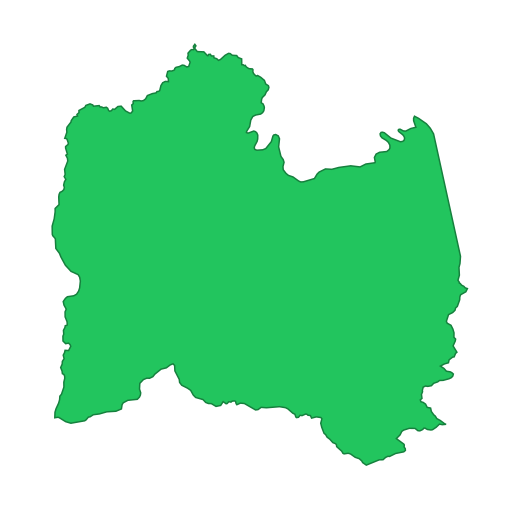 the district of Murindó, Antioquia, Colombia, rotated 87°
{"feature_id": "7082276B39517489210154", "entity_name": "Murindó", "entity_type": "district", "adm_level": 2, "iso_a3": "COL", "parent_name": "Colombia", "parent_adm1": "Antioquia", "projection": "orthographic", "projection_center": [-76.718, 6.832], "detail": "fine", "context": "isolated", "style": "filled", "palette": "green", "viewbox_px": 512, "rotation_deg": 87, "n_neighbors": 0, "source": "geoboundaries", "source_scale": "gbopen_adm2", "svg_char_len": 5980}
<svg xmlns="http://www.w3.org/2000/svg" viewBox="0 0 512 512"><g transform="rotate(87 256 256)"><path d="M403.7,404.0L401.7,398.4L397.4,397.5L395.6,396.2L393.4,391.5L392.9,382.0L390.7,379.7L388.7,378.7L386.6,378.3L382.8,379.3L377.1,378.7L373.5,374.9L372.3,371.5L372.5,368.6L371.1,365.3L368.7,363.2L364.0,356.7L363.0,351.4L360.3,347.4L359.3,344.5L361.1,343.0L366.5,343.0L375.2,339.1L378.3,338.9L381.2,336.9L384.4,331.3L386.7,328.3L391.6,325.9L394.1,323.7L396.6,316.4L399.6,313.9L400.8,311.3L401.1,308.3L404.1,303.8L403.4,299.1L399.7,296.4L402.0,293.6L401.8,292.5L400.1,290.8L400.6,288.6L399.7,287.4L399.6,284.9L400.2,284.0L402.4,283.6L403.5,282.9L402.1,279.3L402.7,275.3L409.7,264.5L409.5,262.0L407.4,258.8L408.1,253.6L407.7,240.4L409.0,234.5L410.3,232.2L414.9,227.5L416.1,225.4L418.8,224.7L419.5,224.0L419.3,222.0L417.4,220.4L417.8,218.4L416.4,214.6L416.7,213.5L417.7,212.5L418.2,210.0L420.8,209.0L419.8,204.2L420.7,199.7L422.0,198.7L426.4,200.1L430.5,199.3L436.7,197.3L438.0,195.8L440.6,194.5L442.8,191.9L446.4,189.0L447.6,186.4L448.6,185.6L450.6,185.4L455.4,180.6L457.6,179.5L458.2,178.4L457.8,174.3L458.6,172.0L462.2,167.5L463.8,163.5L466.2,161.1L467.9,160.3L470.6,156.8L466.0,143.6L466.1,139.8L463.9,137.1L462.9,134.7L463.2,133.2L460.5,126.9L459.3,118.7L458.0,117.0L456.3,117.0L454.4,118.1L452.5,117.8L451.6,118.2L445.7,125.4L442.2,121.5L438.8,119.6L437.6,117.7L436.1,112.0L436.5,106.2L438.9,103.5L439.2,101.5L438.0,98.6L436.8,97.5L436.7,96.3L438.2,94.0L438.9,90.4L438.7,88.8L436.5,85.1L433.5,81.6L434.2,78.8L434.0,75.0L433.4,76.4L429.9,80.6L427.8,84.0L425.3,85.3L423.9,86.8L420.5,89.0L417.0,89.6L416.1,93.0L412.8,94.4L410.9,96.8L410.2,98.9L408.3,99.5L406.9,97.7L402.9,98.0L400.3,96.8L398.8,96.9L395.7,95.9L394.7,93.5L395.2,91.3L394.7,87.6L392.4,85.2L391.2,81.1L389.9,79.2L390.0,75.7L388.7,69.7L387.7,67.3L386.3,65.8L384.2,65.1L382.7,66.6L381.8,68.2L381.0,71.9L378.1,74.2L375.6,77.6L373.6,73.4L372.7,69.4L369.8,68.6L367.3,65.0L367.1,63.4L363.7,61.8L362.6,60.4L356.1,63.9L351.4,61.5L349.4,61.0L347.6,62.6L343.1,62.3L339.3,63.2L335.4,64.9L333.1,68.6L331.2,69.3L324.6,66.8L322.8,62.6L320.6,60.1L318.3,59.4L316.9,57.6L310.4,54.9L307.5,54.6L305.4,53.7L302.7,48.3L299.6,46.6L298.8,48.7L297.1,50.1L295.9,52.2L294.0,53.6L293.8,54.3L292.6,54.5L290.8,55.6L285.8,53.9L278.0,53.9L274.2,52.7L267.1,51.8L143.3,72.3L137.5,75.3L132.9,78.9L127.0,86.5L124.7,90.4L126.7,91.4L129.2,91.5L135.8,89.6L136.8,94.8L139.1,99.9L138.8,102.3L136.9,105.5L137.0,106.7L137.5,107.3L138.3,107.4L139.3,106.8L142.6,103.1L144.2,102.0L146.0,101.4L148.3,102.1L149.2,103.5L149.5,105.7L145.3,115.1L139.7,121.3L139.0,123.1L139.1,124.6L140.5,125.7L142.6,125.4L144.6,124.0L147.4,119.8L149.5,117.8L152.4,116.5L155.2,116.6L156.7,117.5L158.5,119.9L158.9,127.2L160.5,130.7L163.8,132.6L168.3,132.0L169.1,132.4L169.9,141.5L172.5,147.4L170.9,156.7L171.9,168.6L173.4,175.7L172.7,182.1L175.5,188.6L177.4,190.7L181.7,193.6L184.4,204.8L184.4,207.5L183.2,209.7L179.0,214.9L177.2,219.4L175.1,221.7L171.3,224.3L168.2,224.4L163.9,223.1L161.1,223.8L157.8,225.9L148.2,227.7L140.2,226.4L137.2,227.5L135.7,230.0L136.1,232.0L137.1,232.8L142.6,234.7L149.2,240.6L150.3,243.7L150.4,249.6L149.5,251.6L147.8,252.1L146.1,251.6L141.6,248.9L139.3,248.2L135.4,247.9L133.2,248.7L131.8,250.0L131.1,251.7L132.9,257.5L132.2,259.1L131.0,258.8L126.4,255.6L120.0,254.1L116.5,251.9L115.2,248.9L114.5,243.9L113.2,241.9L111.4,240.6L108.4,239.9L106.8,240.1L104.5,241.0L103.2,242.8L99.5,242.1L98.1,241.4L95.6,238.6L92.6,237.1L90.7,235.1L88.3,234.3L86.6,234.7L84.7,237.3L81.1,238.4L77.8,241.9L75.8,245.0L76.3,246.3L75.9,247.0L73.6,248.9L71.9,249.5L69.7,249.3L69.0,249.8L68.5,253.3L66.8,255.7L65.0,256.8L65.3,257.8L64.4,258.7L64.2,260.2L58.4,260.0L56.9,263.4L54.8,264.8L54.3,269.2L52.5,271.2L52.2,272.8L53.9,276.3L57.9,281.2L58.7,283.2L56.9,284.9L55.9,287.6L54.0,287.7L53.9,290.1L52.2,291.0L52.2,292.7L53.4,293.4L53.4,294.0L49.4,297.4L48.8,303.9L45.7,306.2L44.6,306.1L43.0,305.0L41.4,306.0L43.2,307.5L44.2,307.6L44.9,306.9L46.7,307.5L46.5,309.2L47.0,310.5L49.9,313.3L52.0,313.2L54.8,314.3L58.0,312.0L59.2,311.7L63.2,313.3L63.6,315.2L61.8,317.9L61.5,319.7L62.8,322.6L63.4,326.0L64.4,327.3L65.7,327.6L66.2,328.3L66.9,330.5L66.6,332.9L67.1,334.5L71.8,336.0L74.1,334.3L77.3,334.3L76.9,337.4L78.1,340.1L80.8,342.0L85.8,343.5L86.5,344.7L86.6,346.3L87.9,347.3L88.4,351.0L90.1,356.1L93.3,358.0L94.9,360.3L95.2,362.6L94.6,364.5L94.6,370.2L95.4,370.7L97.4,370.6L98.7,372.2L104.8,371.6L106.6,373.2L106.9,374.4L104.3,378.7L99.3,382.8L99.5,386.1L102.2,389.6L101.7,391.3L103.3,392.8L103.8,394.6L102.9,395.6L100.7,396.4L99.6,397.7L100.0,400.6L99.1,402.3L99.0,403.9L97.6,404.7L97.9,410.5L96.6,411.1L95.4,413.8L96.7,418.0L98.6,419.2L101.4,425.2L103.6,425.3L105.3,427.4L106.9,426.9L107.6,430.7L111.1,433.4L112.6,433.8L117.5,438.0L119.8,438.5L122.5,438.4L128.5,440.8L128.7,439.5L129.5,438.6L133.4,437.5L134.8,437.9L136.7,440.4L138.2,440.5L144.4,439.0L145.4,440.6L148.5,439.2L151.3,439.0L159.5,442.6L164.6,442.3L166.7,443.4L169.5,441.9L171.8,443.4L175.2,444.4L177.4,443.8L179.6,444.4L181.2,446.1L182.2,448.4L184.1,449.4L186.7,449.9L194.4,450.0L198.0,454.1L201.5,454.3L208.4,455.6L215.5,458.0L223.8,458.3L225.1,457.9L228.2,455.5L238.0,455.5L243.1,452.1L246.7,450.9L255.3,446.8L261.7,441.5L265.3,434.6L268.0,433.2L271.8,432.7L278.7,433.8L281.8,435.0L284.8,437.2L286.2,440.1L286.8,446.5L288.3,448.5L291.4,450.9L295.0,450.3L299.1,448.3L301.8,449.6L306.8,449.8L311.7,448.1L314.7,448.1L315.3,448.4L315.6,450.1L317.5,450.6L320.2,452.2L324.0,452.1L325.9,453.0L330.8,453.2L333.6,450.7L333.2,447.8L334.7,446.3L336.5,445.7L340.6,448.1L340.2,451.6L342.6,452.3L344.9,453.7L348.5,453.0L351.1,454.9L353.8,455.2L357.2,456.9L360.7,455.7L363.4,455.5L364.2,454.1L365.9,453.4L368.2,453.4L371.9,454.5L376.9,454.7L383.9,457.5L385.7,459.2L389.4,459.7L392.6,460.8L398.1,463.7L401.5,464.9L407.0,465.4L406.7,462.5L407.0,461.2L411.5,454.7L413.3,449.6L411.6,435.7L410.8,434.3L408.1,431.8L407.9,430.1L406.0,426.8L405.5,420.6L403.8,413.2L403.7,404.0Z" fill="#22c55e" stroke="#15803d" stroke-width="1.5"/></g></svg>